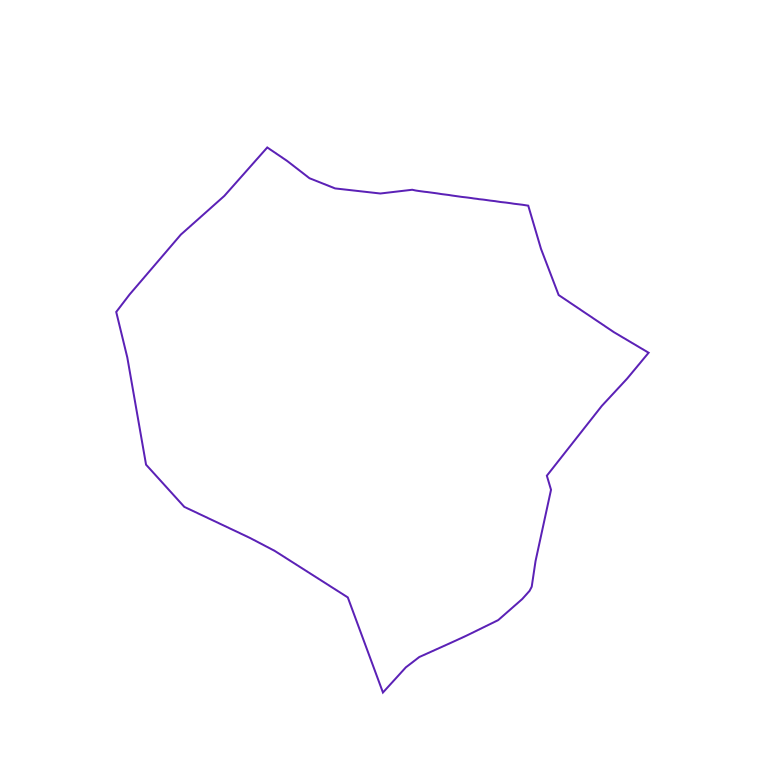 Cogt-Cecii, Ömnögovi, Mongolia (Equal Earth projection), rotated 45°
{"feature_id": "93677404B54738305211912", "entity_name": "Cogt-Cecii", "entity_type": "district", "adm_level": 2, "iso_a3": "MNG", "parent_name": "Mongolia", "parent_adm1": "Ömnögovi", "projection": "equal_earth", "projection_center": [105.867, 43.804], "detail": "fine", "context": "isolated", "style": "outline", "palette": "violet", "viewbox_px": 768, "rotation_deg": 45, "n_neighbors": 0, "source": "geoboundaries", "source_scale": "gbopen_adm2", "svg_char_len": 921}
<svg xmlns="http://www.w3.org/2000/svg" viewBox="0 0 768 768"><g transform="rotate(45 384 384)"><path d="M601.4,602.9L599.8,568.9L602.0,552.1L615.2,517.3L620.2,503.8L631.7,470.2L633.8,438.3L633.2,427.4L631.8,422.9L616.4,402.1L576.9,340.7L564.0,333.7L553.5,245.5L552.1,208.2L549.0,174.8L509.9,184.8L444.6,197.6L399.4,177.4L359.9,155.9L355.1,159.4L351.9,161.9L348.5,164.6L346.0,166.4L341.8,169.6L338.1,172.6L335.0,174.9L333.2,176.2L329.3,179.3L325.4,182.2L323.7,183.5L320.4,186.2L319.1,187.1L316.3,189.3L314.5,190.6L310.7,193.5L306.7,196.7L305.1,197.9L298.6,202.8L296.2,204.5L295.7,204.9L290.3,209.1L286.7,211.7L278.7,217.8L277.0,219.2L272.4,222.7L269.7,224.7L266.6,226.7L246.7,251.9L211.1,280.3L185.8,291.2L157.6,294.8L134.2,299.3L138.1,363.9L134.7,422.0L140.8,500.6L143.7,522.4L183.8,546.8L272.8,609.3L329.7,612.1L397.9,587.7L424.7,579.3L509.3,560.5L601.4,602.9Z" fill="none" stroke="#5b21b6" stroke-width="2"/></g></svg>